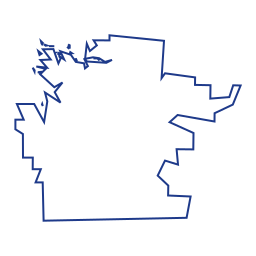 Derby-West Kimberley, Western Australia, Australia (Albers equal-area conic projection)
{"feature_id": "25037944B76695994650709", "entity_name": "Derby-West Kimberley", "entity_type": "district", "adm_level": 2, "iso_a3": "AUS", "parent_name": "Australia", "parent_adm1": "Western Australia", "projection": "albers", "projection_center": [123.97, -17.504], "detail": "medium", "context": "isolated", "style": "outline", "palette": "blue", "viewbox_px": 256, "rotation_deg": 0, "n_neighbors": 0, "source": "geoboundaries", "source_scale": "gbopen_adm2", "svg_char_len": 1710}
<svg xmlns="http://www.w3.org/2000/svg" viewBox="0 0 256 256"><path d="M43.6,220.7L186.6,217.8L190.6,196.5L168.1,195.5L168.3,185.6L157.7,175.6L165.0,160.6L178.0,164.6L176.6,149.2L193.3,149.4L193.5,133.0L169.6,122.2L177.6,115.0L214.5,121.5L214.6,113.2L232.8,104.6L240.6,85.5L233.2,85.3L229.3,97.1L210.3,98.6L210.5,85.2L195.0,84.9L195.1,77.4L165.0,73.3L161.6,78.1L164.0,40.8L109.5,35.3L109.5,40.4L93.6,40.3L96.8,45.4L89.9,51.0L86.8,43.7L85.1,58.8L93.0,57.3L99.1,58.2L105.0,61.9L112.0,59.9L106.3,62.8L87.0,61.5L83.9,58.2L87.9,66.1L85.0,68.4L84.0,63.3L75.8,61.9L70.9,54.8L60.3,51.2L64.1,59.4L59.0,56.0L60.6,58.5L58.4,63.4L53.4,49.1L42.9,49.3L50.7,59.5L40.4,60.0L47.1,67.7L36.3,66.5L45.7,68.9L40.2,74.3L54.3,87.2L62.5,82.5L54.7,92.1L60.5,102.6L45.0,92.5L47.3,101.4L44.1,122.1L34.2,104.0L16.9,104.0L23.7,119.7L15.4,119.7L15.4,129.3L22.9,134.0L23.0,157.6L32.8,157.6L32.7,169.2L40.8,169.2L35.6,182.4L42.7,182.4L43.6,220.7ZM50.3,46.2L54.3,46.2L49.0,46.1L50.3,46.2ZM38.3,51.1L39.5,55.0L41.5,53.7L38.3,51.1ZM32.7,67.7L34.5,71.5L34.6,70.3L32.7,67.7ZM37.9,72.2L40.7,73.3L41.6,71.8L37.9,72.2ZM59.6,53.6L61.8,54.7L57.9,52.5L59.6,53.6ZM68.2,44.5L69.7,46.3L69.7,45.3L68.2,44.5ZM77.0,61.1L76.2,59.4L75.7,58.3L75.8,60.0L77.0,61.1ZM41.4,43.3L42.8,45.3L42.4,44.3L43.1,44.4L41.4,43.3ZM42.0,104.4L42.8,106.0L42.2,103.9L42.0,104.4ZM56.4,51.9L56.6,53.1L56.6,52.3L56.4,51.9ZM69.9,53.6L70.4,53.6L70.3,53.3L71.9,53.2L70.3,52.1L69.9,53.6ZM69.4,48.8L68.2,47.0L67.8,47.5L69.4,48.8ZM46.9,45.5L44.2,44.5L45.6,45.7L46.9,45.5ZM94.8,58.0L93.5,58.4L96.9,58.4L94.8,58.0ZM41.0,41.2L41.4,42.9L42.5,42.7L41.0,41.2ZM98.8,59.8L99.9,59.0L98.4,59.4L98.8,59.8ZM57.7,53.4L59.1,55.0L59.0,54.4L57.7,53.4Z" fill="none" stroke="#1e3a8a" stroke-width="2"/></svg>